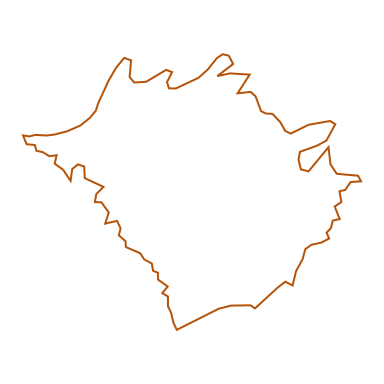 Esperança do Sul, Rio Grande do Sul, Brazil (Robinson projection)
{"feature_id": "56859067B78781577060325", "entity_name": "Esperança do Sul", "entity_type": "district", "adm_level": 2, "iso_a3": "BRA", "parent_name": "Brazil", "parent_adm1": "Rio Grande do Sul", "projection": "robinson", "projection_center": [-54.015, -27.331], "detail": "fine", "context": "isolated", "style": "outline", "palette": "amber", "viewbox_px": 384, "rotation_deg": 0, "n_neighbors": 0, "source": "geoboundaries", "source_scale": "gbopen_adm2", "svg_char_len": 1456}
<svg xmlns="http://www.w3.org/2000/svg" viewBox="0 0 384 384"><path d="M124.2,57.9L116.1,67.7L108.6,80.6L101.7,95.7L98.4,102.8L95.8,110.7L89.8,117.9L80.4,125.5L66.8,131.4L54.2,134.6L46.4,135.5L35.4,134.9L29.3,136.4L23.0,135.4L26.6,144.2L34.8,145.0L36.5,150.8L42.9,152.2L49.4,156.2L56.6,155.2L54.7,163.7L63.1,169.7L70.6,180.9L72.2,169.1L78.0,164.4L84.2,166.5L84.8,178.2L103.5,186.9L96.3,194.1L94.9,202.1L101.4,202.3L108.8,212.5L105.2,223.6L117.0,220.9L120.6,228.4L118.8,235.4L125.6,241.2L125.8,247.0L140.1,253.2L144.3,259.5L151.8,263.5L153.1,270.8L157.9,272.7L158.1,279.6L167.7,286.5L162.3,293.1L167.9,296.5L168.0,306.3L171.1,312.8L173.5,322.9L176.8,329.8L218.6,308.8L230.9,305.6L250.5,305.3L255.0,308.4L277.8,287.5L285.3,281.7L292.6,285.5L296.1,271.1L302.7,258.9L305.3,249.2L311.3,244.8L321.3,242.6L329.1,238.5L326.6,232.6L330.9,228.1L332.8,220.6L339.7,219.0L334.7,206.5L341.4,202.0L339.5,191.3L345.2,189.9L350.7,182.0L361.0,181.3L358.0,175.7L336.8,173.8L330.5,164.4L328.5,147.2L308.6,171.3L300.9,169.4L298.5,159.4L300.0,151.8L316.7,145.8L326.4,140.6L335.3,124.2L330.1,121.0L308.4,124.8L290.8,133.6L285.3,131.0L280.2,122.0L272.5,113.9L265.8,113.5L261.0,111.1L255.6,96.3L250.5,91.9L237.6,93.3L249.7,74.6L230.1,73.4L217.3,76.1L233.1,64.0L228.8,55.7L222.8,54.2L216.8,58.2L207.8,69.5L198.5,77.8L175.7,88.5L169.0,88.3L167.0,82.1L172.1,72.1L166.1,69.9L146.1,81.8L134.3,82.5L129.6,77.1L131.1,60.4L124.2,57.9Z" fill="none" stroke="#b45309" stroke-width="2"/></svg>